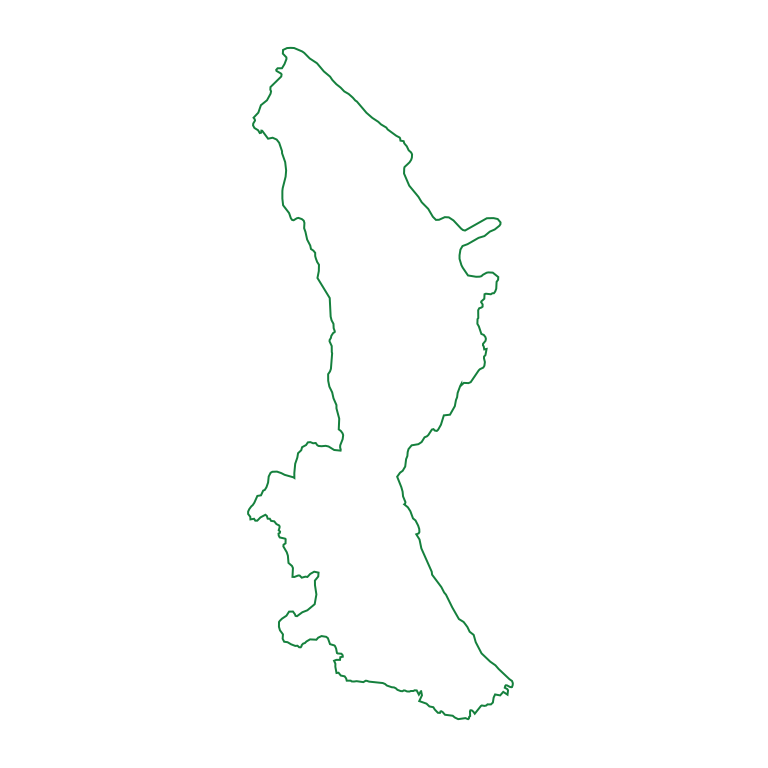 Garabito, Puntarenas, Costa Rica, rotated 183°
{"feature_id": "36466004B76673798564195", "entity_name": "Garabito", "entity_type": "district", "adm_level": 2, "iso_a3": "CRI", "parent_name": "Costa Rica", "parent_adm1": "Puntarenas", "projection": "natural_earth1", "projection_center": [-84.613, 9.708], "detail": "fine", "context": "isolated", "style": "outline", "palette": "green", "viewbox_px": 768, "rotation_deg": 183, "n_neighbors": 0, "source": "geoboundaries", "source_scale": "gbopen_adm2", "svg_char_len": 6069}
<svg xmlns="http://www.w3.org/2000/svg" viewBox="0 0 768 768"><g transform="rotate(183 384 384)"><path d="M471.9,124.3L470.2,121.4L466.8,121.1L463.2,119.2L458.9,117.8L456.7,118.1L455.0,116.7L453.4,116.7L452.8,117.5L452.5,118.9L451.2,120.5L449.4,121.2L448.0,122.8L444.5,125.1L438.1,125.1L436.5,127.2L433.2,129.0L428.5,128.5L426.7,127.2L424.3,121.4L419.8,120.3L419.2,119.7L418.0,117.3L416.9,112.9L416.2,112.5L412.4,112.4L411.1,111.0L410.9,109.5L413.3,108.9L413.5,106.2L417.2,106.0L419.4,105.0L417.9,102.1L417.8,99.1L416.3,92.9L414.3,93.3L411.9,90.6L408.0,90.0L406.4,88.0L405.7,85.8L401.7,86.0L400.8,85.3L398.4,85.3L395.8,85.8L389.0,85.2L386.8,86.7L385.7,86.7L383.3,86.0L369.6,85.3L367.3,84.5L365.3,83.0L360.4,81.6L358.0,81.5L356.2,80.7L354.6,79.3L351.2,78.2L349.4,78.2L348.3,79.0L347.0,79.0L345.0,78.2L342.5,78.2L341.2,78.8L338.5,79.0L337.5,79.7L335.3,79.7L332.9,75.6L331.2,79.0L330.8,79.1L329.8,75.1L332.2,69.2L324.8,67.0L321.8,64.4L317.8,63.8L316.3,61.6L313.0,58.5L310.9,58.5L310.4,60.0L309.6,60.2L308.2,59.4L305.8,56.9L298.0,56.3L295.9,54.7L292.4,53.2L285.2,54.6L282.5,53.7L281.7,54.4L281.5,56.1L280.6,56.9L281.0,61.6L280.6,62.7L279.3,62.7L277.6,61.4L276.1,59.5L270.3,67.6L269.5,68.1L266.8,67.8L265.0,68.3L263.9,69.5L260.5,69.6L258.6,71.6L258.1,76.6L256.8,79.8L251.7,79.1L248.8,82.8L244.4,80.2L244.1,84.6L245.0,85.8L247.5,87.0L247.1,88.9L246.6,89.5L245.5,89.5L242.2,88.0L240.7,87.9L240.3,88.1L239.7,90.2L239.7,92.0L240.6,94.1L243.3,95.8L254.5,105.3L258.0,108.9L263.4,112.3L272.5,120.1L278.9,131.0L281.3,138.1L285.5,141.1L288.0,145.7L292.0,150.5L296.9,153.2L304.1,164.4L311.1,176.9L313.0,178.9L316.1,184.2L326.0,196.1L326.5,199.0L338.1,221.8L340.4,230.6L343.9,235.6L341.6,236.6L340.9,238.0L341.2,241.0L342.5,244.4L345.4,249.4L348.0,251.3L351.0,258.3L353.7,262.1L357.5,264.9L356.7,265.6L356.4,267.1L359.1,272.8L359.8,277.5L361.3,281.9L366.0,292.1L363.3,296.3L360.8,298.3L358.5,302.7L358.0,310.1L356.9,313.3L356.8,317.2L356.1,320.3L353.2,324.2L346.5,325.7L343.4,328.0L340.7,332.9L338.4,334.0L337.1,335.3L333.8,341.0L332.2,341.5L330.9,340.2L328.8,339.9L327.6,341.1L325.0,346.3L322.6,355.8L316.5,356.8L312.1,365.6L311.3,371.7L310.3,374.6L310.0,378.9L307.8,386.0L306.8,388.1L306.7,386.8L304.3,389.3L299.7,389.3L297.5,390.4L290.1,402.6L289.0,403.8L285.7,405.6L284.7,407.5L284.4,411.2L285.5,414.9L285.5,416.7L284.3,418.0L284.1,419.0L283.4,424.4L285.7,423.8L286.4,426.8L287.2,427.8L287.2,429.3L284.9,432.4L284.6,434.4L285.2,436.2L286.9,438.2L289.4,439.1L292.3,446.5L293.9,449.0L294.0,453.7L293.3,454.8L293.8,462.6L292.9,464.6L290.6,465.5L289.6,466.4L289.7,468.7L291.3,470.8L291.1,471.6L288.3,474.4L288.3,478.9L287.0,479.5L282.0,479.2L280.5,480.3L279.0,480.4L277.8,482.2L276.9,485.1L276.9,491.9L275.5,494.1L275.5,496.8L281.2,500.9L285.6,500.9L287.3,500.5L291.0,498.2L292.3,496.8L294.1,496.2L297.6,495.9L305.8,496.8L311.5,504.3L312.9,506.7L315.1,512.9L315.3,516.5L314.7,522.2L312.8,525.9L307.9,528.0L297.2,534.9L291.4,537.0L286.3,541.7L281.5,544.1L277.0,548.1L276.1,549.7L276.1,551.5L279.1,554.7L283.3,555.4L290.0,554.9L311.1,541.5L313.2,541.9L315.0,543.1L323.2,551.0L328.0,553.8L332.0,553.8L337.6,550.9L340.7,550.6L344.0,553.6L349.0,561.2L355.8,567.4L359.4,572.7L369.2,583.4L375.0,595.2L375.1,600.6L374.8,601.8L370.1,606.7L368.6,609.3L368.0,611.6L368.0,614.8L369.0,616.6L371.6,618.7L373.7,622.6L376.3,625.3L377.1,627.5L380.3,627.9L380.8,630.3L381.4,631.0L384.7,632.5L393.7,638.4L395.1,640.2L400.6,643.1L403.4,645.5L409.7,649.2L415.7,653.9L425.9,664.7L427.5,665.6L430.1,668.3L434.5,671.8L439.0,674.1L442.8,677.7L447.3,680.9L451.5,684.9L453.9,688.1L460.4,693.0L467.7,700.8L475.2,705.2L481.0,710.5L483.1,711.8L491.3,714.8L494.9,714.8L498.4,714.4L502.3,712.3L502.3,708.6L498.6,705.1L498.4,703.5L500.1,698.3L502.4,694.0L506.8,693.7L508.1,692.0L507.7,691.0L503.2,688.7L502.5,687.9L502.7,685.7L512.9,674.6L512.9,671.9L512.1,670.4L512.5,667.9L515.7,661.2L521.5,656.0L523.7,648.4L528.2,643.1L526.9,641.5L526.6,640.3L528.2,637.3L528.3,635.4L526.8,632.9L523.0,630.8L521.2,628.1L519.9,628.5L519.7,630.6L518.9,630.5L512.6,622.9L508.1,624.1L504.0,622.5L501.3,619.4L498.0,611.1L497.9,609.2L494.3,600.4L492.9,592.1L493.1,585.9L495.4,574.3L495.6,571.5L495.2,563.8L494.1,557.2L487.7,549.7L485.7,544.7L484.3,543.0L482.8,542.8L479.8,544.9L478.2,545.4L474.7,544.4L472.7,542.9L471.9,540.7L471.9,535.4L470.4,531.8L468.3,524.2L464.9,518.4L464.0,515.0L461.5,513.5L459.6,511.4L459.4,508.1L458.5,505.5L457.1,502.3L455.2,499.7L455.0,493.4L456.0,486.4L442.7,467.0L440.8,448.5L439.7,444.9L437.6,441.4L437.2,437.1L435.9,434.1L436.0,433.2L437.4,432.3L439.1,429.4L439.5,427.1L440.6,425.1L440.6,423.7L438.2,419.2L437.8,413.1L437.4,412.0L437.8,396.4L438.6,393.7L440.3,390.9L439.9,384.3L438.4,378.5L435.3,372.9L433.7,367.1L430.4,360.5L430.2,357.2L426.9,347.0L426.8,336.3L424.6,334.8L422.8,332.6L422.1,330.8L422.4,326.8L424.5,320.5L424.5,318.4L423.8,316.2L423.9,315.2L430.3,315.5L436.1,318.7L439.0,319.2L443.1,318.6L446.1,318.7L447.4,319.4L449.1,321.5L451.7,321.1L454.5,322.1L457.0,321.7L458.6,319.0L462.5,316.6L463.2,313.5L466.2,310.4L466.7,306.0L468.5,299.7L468.9,290.3L468.6,285.5L469.7,286.1L478.5,288.1L481.8,289.6L486.3,290.9L490.9,290.5L492.6,289.4L494.3,285.6L494.6,279.5L496.0,274.7L497.5,272.0L499.1,271.2L501.0,266.4L504.6,265.6L507.3,258.6L508.8,256.1L510.1,254.9L512.0,252.0L513.0,249.5L512.9,247.1L510.6,244.4L510.3,241.8L506.7,242.6L505.4,240.8L503.4,240.9L500.4,244.3L495.6,247.2L494.1,246.1L493.1,243.4L491.0,243.5L489.6,241.4L486.4,241.1L484.1,238.5L481.4,237.3L480.8,236.4L480.8,235.1L481.5,232.4L480.1,231.2L480.2,230.0L481.5,229.1L481.2,227.1L480.1,225.3L474.7,224.4L474.1,223.9L474.0,219.7L475.9,218.3L476.0,216.5L472.3,210.9L471.0,207.5L470.0,200.3L466.3,197.4L465.3,195.4L465.3,186.6L463.4,186.6L459.6,188.3L458.2,188.3L456.0,186.3L452.4,187.5L450.4,187.3L447.7,190.5L443.9,192.9L439.5,192.2L439.6,188.3L442.7,184.1L442.4,179.5L440.5,170.3L441.7,160.5L448.7,154.0L453.6,151.8L458.7,147.6L460.2,147.8L460.9,149.4L463.0,152.0L466.9,151.7L469.3,147.5L473.6,144.3L475.6,142.1L476.4,140.8L476.2,136.0L475.0,132.6L471.8,128.7L471.9,124.3Z" fill="none" stroke="#15803d" stroke-width="2"/></g></svg>